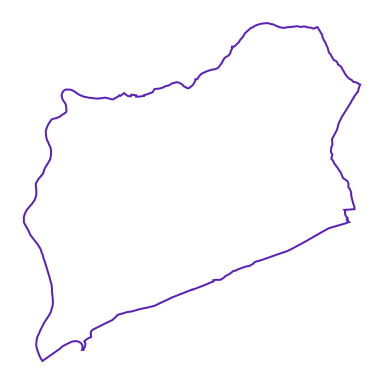 the district of Diculesti, Vâlcea, Romania
{"feature_id": "2599482B34866762806062", "entity_name": "Diculesti", "entity_type": "district", "adm_level": 2, "iso_a3": "ROU", "parent_name": "Romania", "parent_adm1": "Vâlcea", "projection": "orthographic", "projection_center": [24.005, 44.61], "detail": "fine", "context": "isolated", "style": "outline", "palette": "violet", "viewbox_px": 384, "rotation_deg": 0, "n_neighbors": 0, "source": "geoboundaries", "source_scale": "gbopen_adm2", "svg_char_len": 5710}
<svg xmlns="http://www.w3.org/2000/svg" viewBox="0 0 384 384"><path d="M354.5,209.2L354.4,207.0L353.0,202.7L352.1,199.5L351.8,197.8L351.3,196.2L351.1,192.3L350.7,191.2L349.9,189.3L349.5,188.6L348.7,187.7L348.4,187.2L348.4,183.8L348.2,182.6L347.6,181.6L346.9,180.7L343.1,178.1L341.7,174.9L340.9,172.8L340.2,171.7L338.7,169.7L337.3,167.4L336.2,166.1L335.2,164.5L334.3,163.6L333.9,162.6L333.5,161.5L332.9,160.5L331.6,159.2L331.4,158.8L331.4,158.2L332.3,155.1L332.2,154.4L332.0,153.8L331.1,152.7L330.9,151.9L330.9,150.4L331.1,149.6L331.3,147.2L332.0,145.8L332.5,144.2L332.2,142.3L332.2,141.0L331.9,139.4L332.3,138.6L334.1,135.3L336.3,131.2L337.2,129.0L338.0,126.1L338.6,123.7L339.5,121.5L340.2,120.4L341.6,117.3L350.6,102.9L352.4,99.6L353.6,98.0L353.7,97.3L355.8,94.3L357.5,92.1L358.2,91.0L358.4,89.5L358.8,88.3L359.9,85.2L360.2,84.5L358.8,83.9L357.8,83.2L356.0,82.4L354.6,82.0L353.7,82.0L352.6,81.2L352.3,80.6L351.8,80.1L349.8,79.1L347.3,76.9L346.2,75.5L344.6,73.1L343.8,71.5L342.0,68.5L341.5,67.3L340.3,66.1L338.2,64.7L337.9,64.3L337.7,63.8L337.6,63.2L337.4,62.6L336.3,61.3L335.5,60.7L334.1,60.3L333.8,60.1L333.4,59.5L331.1,55.4L330.6,54.2L329.3,53.0L328.7,51.9L328.5,51.1L327.9,48.5L327.6,47.7L326.3,44.9L326.0,43.9L325.4,42.7L324.9,41.6L324.1,40.6L323.6,39.6L323.1,38.3L322.7,37.6L322.4,36.3L322.1,34.7L321.9,34.2L321.0,33.2L319.8,30.7L318.8,29.6L318.1,27.9L317.7,27.4L317.4,27.2L317.2,27.1L316.7,27.1L316.2,27.6L316.0,27.8L314.3,28.4L313.5,28.6L312.7,28.3L311.2,27.7L310.6,27.6L308.0,27.5L307.4,27.2L305.3,26.6L304.1,26.5L303.4,26.5L301.7,26.9L300.4,26.9L297.9,26.3L296.9,26.2L293.8,26.7L292.8,26.6L292.4,26.6L292.1,26.7L291.6,27.1L290.4,27.0L287.8,27.2L286.4,27.4L283.5,28.0L279.7,27.2L275.9,25.8L274.2,24.8L273.1,24.4L270.0,23.8L267.7,23.1L267.2,23.0L265.5,23.3L263.5,23.4L261.3,23.7L259.2,24.2L255.1,25.7L252.8,27.4L251.1,27.8L245.1,33.1L243.0,36.7L240.2,39.9L239.1,41.9L234.1,46.7L232.0,46.7L232.0,47.5L231.9,47.9L232.2,48.3L231.8,49.3L231.2,50.2L230.8,51.1L230.5,52.4L229.9,54.0L228.4,55.7L225.8,57.0L224.4,58.3L223.4,59.8L222.2,62.4L218.5,67.5L215.6,69.1L211.2,69.8L206.5,71.4L201.4,73.8L199.2,76.1L197.2,79.2L196.6,79.3L195.5,79.1L195.3,80.4L194.5,82.4L192.8,85.1L189.2,87.9L188.6,88.2L188.2,88.3L187.8,88.4L183.3,86.0L182.5,84.7L181.0,83.7L178.2,82.4L176.7,82.2L172.1,83.4L171.4,83.7L170.8,84.3L169.1,85.2L167.9,85.7L165.9,86.0L163.8,87.0L162.9,87.6L158.8,88.7L155.7,88.9L154.6,89.1L154.3,89.4L153.8,90.0L153.6,90.6L153.0,91.7L152.3,92.3L151.7,92.6L146.6,94.5L143.9,95.2L144.0,96.0L138.3,96.7L136.0,96.6L136.3,95.3L131.2,94.7L130.8,96.3L129.1,96.2L127.7,95.9L127.1,95.6L126.1,94.8L124.1,93.1L120.3,95.9L119.3,95.3L118.5,96.2L117.3,97.0L115.2,98.1L114.2,98.8L113.2,99.3L111.6,99.3L107.8,98.2L106.7,97.9L104.9,97.7L99.4,98.5L96.2,98.5L93.0,98.2L89.0,97.7L84.9,96.9L83.4,96.5L81.0,95.6L80.4,95.2L79.7,95.0L79.1,94.6L78.7,94.4L77.7,93.8L75.6,92.3L73.4,90.8L71.6,90.1L70.8,89.8L69.4,89.6L66.3,89.5L65.7,89.6L65.1,89.8L63.8,90.7L63.2,91.4L62.6,92.3L62.2,93.1L61.7,94.7L61.7,96.0L61.9,97.4L62.4,98.9L63.4,100.8L64.7,102.6L65.5,103.9L65.9,105.4L66.2,107.1L66.5,111.2L66.1,112.1L65.0,113.0L64.4,113.5L62.0,114.8L60.4,116.2L59.9,116.6L59.2,116.9L56.2,118.1L55.3,118.4L53.3,118.7L51.7,119.5L51.3,119.8L48.6,123.8L47.2,126.6L46.2,129.6L45.9,130.6L45.8,132.5L45.9,134.2L46.3,137.1L46.9,139.9L48.0,141.8L49.2,144.9L50.2,146.7L50.8,149.1L51.0,150.3L51.1,153.8L50.4,158.6L50.2,159.1L49.5,160.6L48.9,161.4L48.4,162.6L47.4,164.0L45.7,166.9L45.2,167.7L44.8,168.2L44.5,168.8L44.1,170.4L43.7,171.5L43.4,172.7L42.9,173.8L42.0,174.7L41.7,175.3L40.9,176.1L40.5,176.7L39.7,177.6L39.1,178.1L38.0,179.7L37.2,181.3L36.6,182.1L35.8,183.8L35.9,186.1L36.1,187.3L36.1,188.5L36.3,190.1L36.3,194.6L35.9,196.6L35.2,198.5L34.8,199.6L34.1,200.8L31.4,204.6L30.0,206.0L27.0,209.7L25.9,211.4L24.5,214.7L24.0,216.4L23.8,217.9L23.9,219.9L23.9,222.2L25.0,224.6L28.3,230.3L30.3,234.8L32.8,238.1L37.1,243.6L39.8,247.7L41.1,250.3L41.5,252.3L42.7,254.7L43.5,258.2L44.8,261.4L45.4,263.7L47.7,271.1L49.0,275.8L49.7,277.8L50.2,280.0L51.2,283.2L51.7,285.4L51.7,286.6L51.9,287.7L52.0,291.3L52.1,291.9L52.2,293.9L52.6,296.8L52.7,298.9L53.0,302.1L52.7,304.1L52.7,305.7L51.8,308.5L51.3,310.0L51.1,311.5L48.7,315.9L44.6,322.0L41.8,327.4L39.6,331.9L38.6,334.4L37.5,336.5L36.9,338.7L36.3,343.3L36.2,344.8L36.4,346.6L37.4,350.2L39.4,355.8L40.8,358.4L42.4,361.0L59.6,348.9L60.8,347.9L61.8,346.9L62.9,346.1L65.8,344.6L68.5,343.2L71.5,341.8L72.8,341.4L75.4,341.1L77.4,341.3L79.4,342.0L81.0,343.2L82.0,344.6L82.4,345.6L82.5,346.4L82.5,347.3L82.4,348.3L82.2,349.4L82.0,350.0L83.6,349.8L84.0,348.0L84.9,346.6L85.3,344.7L85.4,343.2L84.6,341.6L84.3,341.3L86.6,339.3L87.8,338.5L91.0,337.1L91.0,334.9L90.7,334.1L90.8,333.1L91.0,331.9L91.5,330.8L91.9,330.4L93.3,329.4L101.4,325.4L105.9,323.1L111.0,320.7L112.1,320.2L115.6,317.1L117.1,315.5L117.7,314.9L119.1,314.4L123.2,313.3L126.6,312.2L132.3,311.3L138.4,309.5L142.1,308.6L146.4,307.8L154.2,305.9L172.4,297.3L192.2,289.5L192.3,289.8L201.0,286.5L208.2,283.6L209.5,282.9L213.0,281.7L213.5,281.4L213.2,280.3L215.8,279.8L219.7,279.9L220.6,279.7L223.4,278.0L225.2,276.4L226.7,275.4L228.3,274.6L229.6,273.9L231.5,272.5L233.1,271.1L233.5,270.9L235.0,270.9L235.5,270.7L236.2,270.2L239.0,269.0L245.7,266.5L248.3,266.2L249.8,265.7L252.9,263.9L253.5,263.5L254.2,262.6L254.7,262.2L255.3,261.9L258.5,260.8L259.4,260.8L261.4,260.1L277.5,254.4L286.2,251.5L288.3,250.6L291.2,249.2L305.6,241.4L321.8,232.1L329.1,228.1L344.8,223.6L349.1,222.0L348.5,221.5L348.1,220.8L347.3,220.6L347.0,220.5L346.8,220.2L346.7,219.9L346.8,219.4L347.0,219.2L347.8,218.7L347.7,218.3L346.6,217.1L346.3,216.4L345.9,216.0L345.4,215.1L345.0,213.2L345.1,212.2L345.2,211.7L344.8,210.7L344.3,209.9L354.5,209.2Z" fill="none" stroke="#5b21b6" stroke-width="2"/></svg>